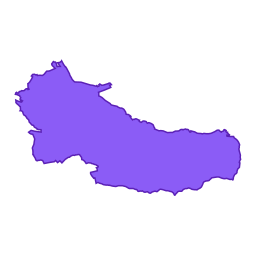 Farau, Alba, Romania
{"feature_id": "2599482B58805597350523", "entity_name": "Farau", "entity_type": "district", "adm_level": 2, "iso_a3": "ROU", "parent_name": "Romania", "parent_adm1": "Alba", "projection": "equal_earth", "projection_center": [24.029, 46.338], "detail": "fine", "context": "isolated", "style": "filled", "palette": "violet", "viewbox_px": 256, "rotation_deg": 0, "n_neighbors": 0, "source": "geoboundaries", "source_scale": "gbopen_adm2", "svg_char_len": 5724}
<svg xmlns="http://www.w3.org/2000/svg" viewBox="0 0 256 256"><path d="M232.8,179.9L233.3,179.0L233.3,177.7L233.9,176.1L234.7,174.6L235.5,173.9L235.9,173.8L236.5,173.3L237.0,172.3L237.0,171.2L237.8,168.9L239.4,167.4L239.9,162.9L239.3,162.6L239.4,162.0L239.7,161.0L240.2,160.0L240.6,159.5L240.2,157.2L240.4,155.2L239.2,150.7L239.0,149.4L238.8,149.0L239.2,147.9L239.3,147.1L239.2,146.3L239.6,145.0L239.5,144.3L239.1,143.6L238.6,142.3L237.5,140.6L236.5,139.5L234.2,137.8L233.6,136.5L230.2,136.5L227.0,136.2L226.8,135.2L229.3,135.3L229.5,134.8L228.3,133.9L227.9,133.3L227.4,133.1L227.5,132.2L226.5,132.2L226.0,131.7L225.9,131.4L226.2,130.6L225.6,130.1L225.3,130.1L224.9,129.8L224.3,129.6L224.0,129.7L223.8,130.7L223.4,131.0L221.7,131.6L221.4,132.1L221.0,132.0L219.3,130.6L218.9,130.1L217.1,130.2L214.9,131.6L211.1,133.3L208.7,133.7L206.3,133.7L203.9,133.4L202.3,133.9L201.0,133.5L198.7,133.4L197.1,133.2L194.8,131.9L191.0,130.9L191.1,131.4L190.9,131.9L190.8,132.0L189.9,132.1L188.5,129.9L188.1,129.6L187.7,129.4L186.7,129.5L185.7,129.0L183.6,129.5L183.1,129.8L182.8,129.6L182.4,129.7L182.0,129.4L180.6,129.6L179.2,130.7L178.4,131.0L175.3,131.1L172.4,132.5L171.1,132.4L167.4,132.6L163.2,130.9L160.7,130.6L159.0,130.8L154.6,129.0L154.7,128.4L154.5,127.7L154.0,127.1L153.3,125.1L152.9,124.6L151.4,123.6L149.4,122.8L148.5,122.7L147.4,123.2L147.1,123.0L146.2,121.6L145.7,121.4L144.0,121.0L143.1,121.0L142.0,121.7L141.6,122.2L141.1,122.4L139.5,121.5L139.1,121.0L139.4,120.3L139.2,120.3L138.7,120.0L136.5,118.9L135.6,118.8L134.7,119.1L134.5,119.4L133.2,119.3L132.6,119.9L131.3,118.5L130.6,117.1L130.1,116.7L130.8,116.3L130.1,115.6L128.3,114.5L126.2,114.3L125.6,112.0L124.0,109.5L123.3,108.9L121.8,108.1L120.5,108.1L119.8,107.9L118.2,107.2L117.1,106.3L113.9,105.6L111.5,105.0L110.9,104.6L110.2,103.6L105.2,100.4L102.1,97.6L100.1,96.4L98.8,95.9L98.8,93.0L98.5,92.3L104.4,90.1L109.0,88.2L110.8,87.4L109.6,85.2L111.4,84.7L110.3,83.3L109.9,83.1L109.0,83.1L108.2,83.6L105.9,84.3L103.3,85.1L101.8,85.3L99.8,84.0L99.6,84.3L98.9,84.7L99.1,85.5L98.9,86.1L97.5,86.6L97.0,85.6L96.9,85.5L96.5,85.8L96.6,86.1L96.4,86.2L95.6,86.1L92.9,85.3L90.4,85.0L81.1,82.2L75.4,82.0L74.4,81.8L72.5,79.8L71.9,79.0L71.6,78.2L69.9,75.3L69.6,74.4L69.5,73.8L66.6,68.3L65.6,66.8L65.3,66.9L63.6,64.5L61.6,60.8L61.3,61.4L60.7,61.7L59.8,62.4L57.7,62.7L60.2,66.4L57.8,66.4L57.2,66.6L56.9,66.2L56.6,64.5L56.4,63.8L55.5,62.1L54.2,62.1L53.6,61.5L53.3,61.6L52.0,63.5L51.7,63.8L51.7,64.2L52.2,65.5L55.2,68.4L49.3,71.0L46.6,71.2L44.1,74.3L42.5,75.4L42.2,75.5L41.0,75.3L39.0,75.3L37.5,75.5L37.4,75.5L37.0,74.6L36.2,74.9L35.8,74.9L34.6,74.3L33.9,74.2L33.3,74.5L32.5,74.5L32.3,74.9L31.4,76.0L32.0,76.3L32.6,76.9L31.9,78.2L31.9,78.5L29.8,81.9L28.3,83.5L27.9,83.6L28.0,86.8L28.0,87.3L28.7,88.6L28.9,89.3L28.1,89.5L27.9,89.5L27.7,88.7L26.1,88.8L24.9,89.8L24.5,90.4L24.0,90.6L22.5,90.8L21.8,90.6L20.9,91.2L20.1,91.3L19.9,91.6L19.3,91.6L18.9,92.0L18.8,92.7L18.3,93.1L17.5,93.0L16.6,92.3L16.0,92.8L15.9,92.8L15.6,93.5L15.7,93.9L15.4,94.3L15.6,94.4L17.6,94.7L18.2,95.3L18.6,95.4L19.1,95.2L19.6,95.5L19.9,96.5L20.7,97.4L20.7,97.9L20.3,98.3L20.1,99.6L20.7,100.4L21.6,100.2L21.8,100.4L21.7,100.6L22.4,100.9L22.0,101.3L21.9,101.7L21.7,101.9L21.4,101.9L21.2,102.1L20.9,102.1L20.1,101.7L18.1,101.2L15.8,100.1L16.0,101.6L15.9,102.4L16.3,103.1L17.1,103.9L18.8,105.3L19.0,105.6L19.8,106.4L20.3,106.6L20.5,109.6L20.5,110.1L20.1,110.7L21.4,110.8L22.6,111.7L23.3,113.9L23.9,115.0L25.6,116.0L26.0,116.8L26.6,117.4L26.8,118.1L28.7,119.9L29.3,122.2L30.7,123.5L31.2,124.3L32.2,125.2L33.1,125.2L33.6,125.5L34.2,126.9L35.3,127.7L36.2,128.1L37.1,128.8L37.1,129.2L37.9,129.3L38.2,129.6L41.0,129.7L41.1,130.3L41.1,132.1L34.6,131.2L31.1,130.4L28.6,132.2L29.6,133.2L31.0,134.0L32.8,134.3L34.6,138.6L34.7,139.1L34.2,142.0L33.9,144.3L32.4,147.8L32.4,148.5L32.9,150.3L32.8,151.0L33.0,151.6L32.9,154.6L33.4,154.7L33.7,155.7L35.4,158.5L35.6,159.4L36.2,160.4L36.8,160.7L37.6,160.7L37.9,160.4L39.6,160.3L40.5,160.0L41.2,160.1L42.7,160.6L44.1,163.5L49.8,162.4L54.4,161.7L55.6,160.5L57.6,162.6L59.9,160.8L61.9,162.9L65.6,159.0L66.6,158.6L67.4,157.8L68.2,157.4L69.6,157.2L70.4,156.4L71.7,155.7L72.9,155.2L74.7,155.4L75.7,154.8L76.7,154.9L78.1,154.5L79.5,154.6L81.5,157.4L81.7,158.5L81.8,159.6L82.6,159.8L83.4,160.2L84.2,160.9L85.0,161.7L85.6,162.8L86.2,163.5L88.7,162.7L90.1,163.0L90.9,163.0L91.8,163.6L93.6,163.9L94.0,164.3L94.8,164.5L96.0,164.7L96.5,165.3L97.5,165.6L98.2,166.3L98.2,166.9L96.4,167.8L97.1,168.5L97.3,170.8L90.6,172.4L90.6,173.7L91.7,175.7L93.8,178.3L94.8,177.9L95.3,179.5L96.1,183.3L97.4,182.6L98.2,182.5L99.5,183.2L101.9,183.8L103.1,184.5L103.7,184.7L106.2,185.1L107.6,185.0L108.3,185.3L109.1,185.1L109.6,185.4L110.5,185.4L111.0,185.7L112.7,186.1L114.9,186.4L115.9,186.5L118.4,185.7L122.4,185.7L125.9,186.6L128.8,188.3L129.4,188.5L133.3,188.5L135.3,189.4L136.5,189.5L137.2,190.1L137.8,191.1L138.3,191.3L138.8,191.4L140.2,191.0L141.3,191.2L142.5,190.9L143.3,191.6L144.2,192.1L145.2,192.2L147.4,191.7L149.1,192.9L149.7,193.1L150.3,193.2L150.8,193.0L152.1,192.0L154.7,191.2L155.7,191.3L156.3,191.6L157.2,191.6L159.8,189.4L160.7,189.2L163.0,189.7L166.0,190.7L167.6,190.7L169.4,191.1L169.9,191.4L170.7,191.5L171.7,191.7L173.3,192.9L174.5,195.1L174.9,195.2L175.5,194.2L176.4,193.4L177.8,191.7L178.8,191.3L179.6,191.2L181.0,191.3L181.8,191.2L183.3,189.5L185.3,188.6L186.8,188.6L188.7,187.9L190.3,188.4L191.9,189.3L194.4,189.7L196.0,189.7L197.0,189.9L198.2,189.0L200.1,188.1L201.4,187.0L202.5,184.8L203.3,182.7L203.7,182.1L204.1,181.8L206.1,180.9L206.9,181.0L207.6,180.7L208.0,180.8L209.2,180.4L209.7,179.7L210.5,179.1L211.8,177.8L217.0,177.0L218.4,177.0L219.1,177.1L221.9,178.2L223.5,178.6L224.8,178.7L226.7,178.4L230.0,179.5L231.8,179.3L232.8,179.9Z" fill="#8b5cf6" stroke="#5b21b6" stroke-width="1.5"/></svg>